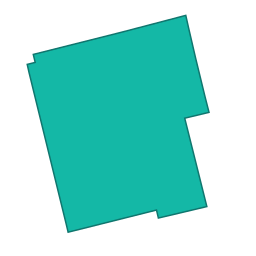 Prentiss, Mississippi, United States of America (Albers equal-area conic projection), rotated 256°
{"feature_id": "52423323B17129375246846", "entity_name": "Prentiss", "entity_type": "district", "adm_level": 2, "iso_a3": "USA", "parent_name": "United States of America", "parent_adm1": "Mississippi", "projection": "albers", "projection_center": [-88.507, 34.61], "detail": "fine", "context": "isolated", "style": "filled", "palette": "teal", "viewbox_px": 256, "rotation_deg": 256, "n_neighbors": 0, "source": "geoboundaries", "source_scale": "gbopen_adm2", "svg_char_len": 374}
<svg xmlns="http://www.w3.org/2000/svg" viewBox="0 0 256 256"><g transform="rotate(256 128 128)"><path d="M206.1,45.4L49.6,44.8L41.4,44.7L41.5,135.8L33.3,135.7L33.0,158.4L32.7,185.5L123.8,185.4L123.6,210.4L140.1,210.3L178.9,210.5L210.6,211.0L223.3,211.3L222.5,144.9L222.3,53.9L214.1,53.8L214.1,45.6L206.1,45.4Z" fill="#14b8a6" stroke="#0f766e" stroke-width="1.5"/></g></svg>